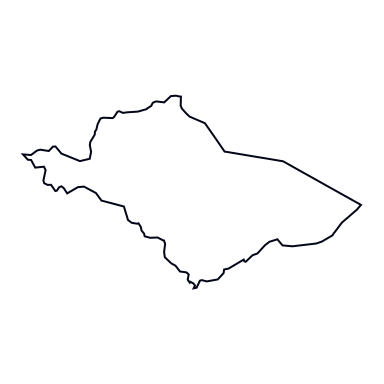 Chitungwiza, Harare, Zimbabwe
{"feature_id": "62879985B31454704835515", "entity_name": "Chitungwiza", "entity_type": "district", "adm_level": 2, "iso_a3": "ZWE", "parent_name": "Zimbabwe", "parent_adm1": "Harare", "projection": "albers", "projection_center": [31.05, -18.015], "detail": "fine", "context": "isolated", "style": "outline", "palette": "ink", "viewbox_px": 384, "rotation_deg": 0, "n_neighbors": 0, "source": "geoboundaries", "source_scale": "gbopen_adm2", "svg_char_len": 1706}
<svg xmlns="http://www.w3.org/2000/svg" viewBox="0 0 384 384"><path d="M37.1,150.5L31.0,155.0L23.0,154.4L27.8,159.7L31.1,160.0L35.2,167.6L43.9,166.7L45.6,170.0L43.4,180.6L44.2,183.2L47.6,184.9L51.0,184.8L54.6,189.9L55.3,191.0L56.8,190.7L59.1,187.3L61.5,186.3L63.8,188.2L67.2,193.4L77.8,187.2L84.0,186.6L95.9,193.0L101.5,200.6L123.9,206.5L128.0,220.0L131.7,222.8L137.2,223.7L138.5,223.3L140.9,227.1L141.5,230.5L144.0,233.5L144.7,236.3L150.2,237.8L157.6,237.5L163.7,240.7L164.0,240.6L165.0,243.5L165.1,244.2L164.1,251.7L164.8,257.2L171.3,263.4L175.5,265.7L180.0,271.5L181.6,271.7L186.5,272.4L188.7,274.5L187.7,279.7L189.8,282.7L190.4,281.8L193.4,283.4L195.0,285.5L193.7,288.3L196.6,287.7L199.9,280.7L201.7,280.1L206.8,281.4L217.8,279.4L223.6,273.1L224.1,269.5L228.5,268.6L242.7,260.2L243.7,259.6L244.4,261.4L245.8,261.7L252.6,255.2L257.4,253.5L265.0,245.2L269.4,241.8L269.7,241.7L277.4,239.3L282.5,245.4L292.4,246.3L316.3,243.5L317.8,243.0L321.8,241.6L332.4,235.4L333.1,234.3L333.7,233.4L334.6,232.3L341.8,222.7L355.3,211.0L356.6,210.0L358.7,207.5L361.0,204.9L303.4,172.7L283.1,161.3L265.9,158.4L258.4,157.2L228.0,152.1L224.6,151.6L214.5,136.9L204.9,123.2L193.7,118.4L189.6,116.6L186.3,113.5L181.9,108.6L180.7,105.7L180.9,96.6L180.1,96.6L176.0,95.7L170.9,96.1L164.2,102.4L156.1,101.4L153.1,102.6L152.5,103.3L151.9,104.5L151.2,105.9L148.7,107.5L147.2,108.4L146.7,109.1L145.3,109.5L137.9,111.6L127.3,112.3L123.0,112.9L119.2,111.2L117.5,111.7L114.0,117.1L112.6,118.1L103.3,117.7L100.5,118.5L97.7,124.0L96.3,129.7L95.0,131.5L94.7,134.7L90.3,142.0L89.8,145.0L91.1,151.9L89.7,158.8L79.9,161.1L61.4,153.6L55.5,146.5L52.9,146.6L48.8,151.0L40.3,149.7L37.1,150.5Z" fill="none" stroke="#020617" stroke-width="2"/></svg>